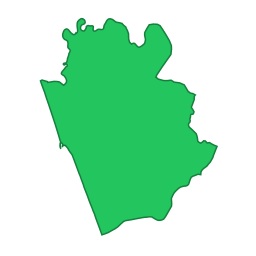 Sai Buri, Pattani, Thailand (Equal Earth projection), rotated 183°
{"feature_id": "78962969B50948303321552", "entity_name": "Sai Buri", "entity_type": "district", "adm_level": 2, "iso_a3": "THA", "parent_name": "Thailand", "parent_adm1": "Pattani", "projection": "equal_earth", "projection_center": [101.61, 6.703], "detail": "fine", "context": "isolated", "style": "filled", "palette": "green", "viewbox_px": 256, "rotation_deg": 183, "n_neighbors": 0, "source": "geoboundaries", "source_scale": "gbopen_adm2", "svg_char_len": 5885}
<svg xmlns="http://www.w3.org/2000/svg" viewBox="0 0 256 256"><g transform="rotate(183 128 128)"><path d="M185.0,220.2L185.3,219.5L185.4,219.4L185.7,219.0L186.4,218.6L186.7,218.4L186.9,218.4L187.6,218.5L188.2,218.8L188.9,219.3L189.7,219.8L190.8,220.9L192.3,222.6L192.9,223.1L193.5,223.5L194.1,223.6L194.6,223.7L195.0,223.6L195.5,223.3L196.5,222.6L196.8,222.2L197.1,221.6L197.4,221.0L197.6,220.3L198.0,218.7L198.1,217.7L198.1,217.1L198.0,216.6L197.9,216.0L197.7,215.5L197.5,215.0L197.1,214.3L196.6,213.8L196.0,213.2L194.3,212.5L193.5,212.0L193.0,211.6L192.8,211.2L192.6,210.6L192.3,208.9L192.3,208.2L192.4,207.2L192.3,206.0L192.3,205.5L192.2,205.2L192.0,204.9L191.8,204.7L191.3,204.2L190.7,203.7L190.3,203.3L190.0,202.9L189.9,202.6L189.8,202.3L189.8,202.0L189.8,201.7L190.6,199.8L190.9,199.1L191.2,197.1L192.0,194.4L192.1,194.1L192.1,192.9L192.3,192.0L192.5,191.2L192.7,190.6L193.0,190.0L193.4,189.7L193.9,189.6L195.0,189.4L195.3,189.3L195.5,189.2L195.9,188.7L195.9,188.3L195.7,188.0L195.4,187.7L195.0,187.6L194.7,187.6L193.8,188.3L193.3,188.7L193.1,188.7L192.8,188.6L192.3,188.3L192.1,188.0L191.9,187.1L191.9,186.9L192.0,186.7L192.9,186.0L193.2,185.8L194.7,183.5L196.2,181.6L197.0,180.4L197.3,179.7L197.4,179.3L197.3,178.7L197.2,178.5L197.0,178.3L196.8,178.0L196.4,177.8L195.1,177.1L194.5,176.7L194.1,176.3L193.5,175.5L192.8,174.6L192.5,174.0L192.3,173.5L192.0,172.7L191.9,172.2L191.9,171.7L191.9,171.1L191.9,170.6L192.2,169.9L192.4,169.6L193.1,168.7L194.5,167.3L198.9,170.4L200.9,170.7L204.3,170.7L210.5,169.3L210.8,170.1L216.4,171.4L217.9,170.5L216.4,166.8L214.6,162.6L213.9,161.0L213.1,159.2L212.2,156.7L211.9,156.0L210.9,153.3L209.5,150.0L209.3,149.3L208.7,148.0L200.5,126.9L196.4,115.6L195.7,113.5L195.1,111.8L194.6,110.8L194.6,110.5L195.0,108.8L195.0,107.8L195.0,106.5L194.7,105.2L194.5,104.6L194.3,104.3L194.2,104.4L194.1,104.5L194.3,104.9L194.6,105.9L194.7,107.8L194.7,108.6L194.5,109.8L194.4,110.2L192.8,109.1L192.7,108.8L192.6,108.5L192.3,108.0L192.2,107.8L192.1,107.7L192.7,106.4L192.6,106.2L192.4,106.1L191.6,107.6L191.4,107.6L190.7,107.2L190.2,107.4L189.9,107.4L189.5,107.1L189.2,106.7L188.7,106.5L187.9,105.5L187.0,104.6L186.2,103.1L184.8,101.2L183.5,99.6L182.6,98.6L182.0,97.4L180.3,93.6L179.8,92.5L179.7,92.1L178.7,89.9L175.4,82.2L174.7,80.5L174.0,79.0L173.4,77.9L171.9,74.2L170.5,71.0L169.7,69.2L169.1,67.4L168.3,65.5L164.8,57.8L163.4,54.3L161.8,50.7L159.7,46.3L158.6,43.6L157.3,41.1L156.6,39.3L155.1,35.5L152.8,30.2L151.1,26.3L150.3,24.3L148.4,19.9L147.4,20.4L145.5,21.1L142.2,22.6L140.5,23.7L135.0,27.2L133.1,28.7L131.4,30.4L130.3,31.7L127.5,34.4L125.8,35.3L120.3,36.5L114.7,37.9L112.7,38.4L106.9,39.7L104.9,39.9L102.8,40.3L101.2,40.5L99.5,40.4L96.4,38.7L94.7,37.9L93.1,37.4L91.0,37.5L89.3,38.0L87.6,38.9L86.1,41.2L85.1,43.0L80.5,52.2L80.4,54.8L80.7,57.2L81.0,59.8L80.2,62.1L79.2,64.4L78.2,66.1L76.9,67.7L75.3,69.4L73.8,70.8L72.1,71.9L70.6,72.4L68.9,72.9L67.2,73.1L66.4,73.5L65.6,73.8L64.5,75.2L63.8,77.6L63.2,79.9L62.3,82.1L60.6,83.3L59.1,83.9L55.6,85.5L52.9,85.2L52.8,88.0L51.9,89.8L50.4,91.5L48.9,92.7L47.3,94.0L45.6,96.4L44.0,98.4L41.8,102.8L41.2,105.2L39.1,111.4L38.1,114.3L41.0,115.3L43.5,116.4L45.8,117.7L48.1,117.2L50.1,119.1L51.8,119.2L53.1,117.7L54.6,116.7L56.1,117.3L57.6,118.4L58.0,120.8L58.6,123.3L59.6,125.8L63.8,129.6L65.5,131.0L66.9,132.1L67.7,133.6L67.7,135.3L67.5,136.0L66.7,136.6L66.3,138.1L66.3,138.9L66.7,139.9L66.7,140.6L66.4,141.1L66.2,142.2L66.2,143.6L66.1,144.3L65.6,145.0L63.9,145.2L63.4,145.9L63.1,146.9L63.0,147.8L64.5,150.2L65.3,151.1L65.7,151.9L65.7,152.7L65.5,153.0L64.7,155.5L63.3,160.1L63.5,161.4L63.3,163.3L62.9,164.1L62.5,164.5L65.1,165.8L67.6,166.1L68.9,167.2L69.6,167.3L74.1,174.0L78.8,175.8L84.2,176.2L87.5,178.0L91.1,177.4L94.7,177.2L100.3,178.4L102.2,179.8L102.8,180.2L102.1,182.3L97.1,190.8L89.0,203.7L88.7,208.8L89.0,212.5L91.2,217.3L95.0,223.1L98.8,228.5L101.4,231.9L104.1,233.1L108.2,233.1L112.2,232.2L114.0,229.0L115.7,225.5L116.0,224.8L116.2,224.1L116.3,222.8L116.3,222.2L116.2,221.4L115.9,220.1L115.3,217.9L115.2,217.0L115.2,216.8L115.5,214.9L115.6,214.3L115.9,213.4L116.1,213.0L116.3,212.8L117.8,211.4L118.7,210.6L119.9,209.8L120.3,209.6L121.1,209.3L121.6,209.3L122.0,209.4L122.7,209.8L123.5,210.5L125.2,212.3L125.9,212.8L126.5,212.9L126.9,212.9L127.4,212.8L128.1,212.5L128.8,212.0L130.9,213.7L132.0,217.0L132.4,222.1L133.4,224.6L133.8,225.5L134.8,227.1L135.4,228.5L135.7,228.9L136.6,229.5L137.4,230.1L138.9,231.5L139.6,232.2L140.0,232.1L141.1,232.5L142.3,232.7L144.6,233.0L145.3,233.1L145.7,233.2L146.1,233.5L146.7,233.9L148.1,234.9L149.1,235.5L149.9,235.8L150.3,235.9L151.5,236.1L152.3,236.0L152.8,235.9L153.2,235.8L153.7,235.3L154.2,234.8L154.8,234.1L155.3,233.1L155.8,231.9L157.0,229.7L157.2,229.2L157.3,228.5L157.5,226.9L157.6,226.2L158.0,225.6L158.4,225.2L158.8,225.0L159.4,224.9L160.7,225.0L162.2,225.1L162.8,225.0L163.6,224.7L164.9,223.6L165.4,223.3L165.8,223.1L166.3,223.0L166.8,223.0L167.3,223.2L167.5,223.4L167.8,223.7L168.0,224.1L168.0,224.4L168.0,225.2L167.9,226.6L167.9,227.1L167.9,227.4L168.1,227.7L168.3,227.9L168.8,228.1L169.1,228.2L170.9,228.0L171.6,228.0L173.0,228.2L173.4,228.2L173.7,228.1L174.4,227.6L174.8,227.4L174.9,227.2L175.0,226.8L175.1,226.5L175.0,226.3L174.8,225.9L175.0,225.4L175.6,224.6L176.3,223.2L176.6,222.8L176.8,222.7L177.1,222.6L178.1,222.6L178.7,222.8L179.4,223.0L179.6,223.2L179.9,223.5L180.1,223.7L180.5,224.5L180.6,224.9L180.6,225.5L180.6,226.4L180.6,226.7L180.4,227.1L180.1,227.9L179.9,228.1L179.6,228.4L178.8,228.9L177.5,229.5L177.1,229.7L176.8,230.1L176.5,230.5L176.4,230.8L176.3,231.1L176.3,231.4L176.5,232.1L176.8,233.0L177.0,233.4L177.2,233.7L177.7,233.9L178.5,234.5L178.8,234.7L179.9,234.8L180.5,234.7L182.1,233.6L183.0,232.7L183.6,231.8L183.8,231.5L184.0,230.8L184.2,230.1L184.2,229.6L184.2,228.2L184.1,226.8L183.4,222.9L183.5,221.5L183.6,221.1L183.7,220.8L184.0,220.4L184.7,219.9L184.8,220.0L185.0,220.2Z" fill="#22c55e" stroke="#15803d" stroke-width="1.5"/></g></svg>